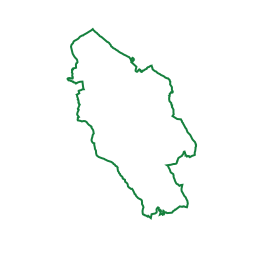 Zimbor, Salaj, Romania (orthographic projection), rotated 32°
{"feature_id": "2599482B6339690453814", "entity_name": "Zimbor", "entity_type": "district", "adm_level": 2, "iso_a3": "ROU", "parent_name": "Romania", "parent_adm1": "Salaj", "projection": "orthographic", "projection_center": [23.305, 46.975], "detail": "fine", "context": "isolated", "style": "outline", "palette": "green", "viewbox_px": 256, "rotation_deg": 32, "n_neighbors": 0, "source": "geoboundaries", "source_scale": "gbopen_adm2", "svg_char_len": 5793}
<svg xmlns="http://www.w3.org/2000/svg" viewBox="0 0 256 256"><g transform="rotate(32 128 128)"><path d="M220.0,164.0L219.8,163.2L219.2,162.0L219.1,161.4L218.7,160.3L218.4,159.9L217.6,159.2L217.2,158.5L215.3,157.4L213.6,156.2L211.8,155.8L208.4,153.8L207.5,153.4L206.9,153.0L206.0,151.9L205.3,150.6L205.0,149.5L204.6,148.6L204.2,147.4L203.0,148.4L202.5,149.7L201.9,149.8L200.6,149.3L200.1,149.5L198.7,149.5L197.9,149.2L195.7,147.8L194.8,146.9L193.5,146.1L192.5,145.2L192.2,144.8L192.1,144.4L190.8,143.1L187.9,143.0L187.1,142.5L185.2,140.9L183.6,140.1L182.0,138.9L180.9,138.9L183.1,137.0L183.6,136.7L185.7,134.4L186.8,133.7L187.8,132.6L187.9,132.0L187.3,130.2L187.2,129.9L187.4,129.5L187.1,129.1L186.7,127.0L186.7,126.6L188.6,122.8L188.4,122.1L188.6,120.8L188.5,120.1L188.0,118.9L188.1,118.4L188.4,118.1L188.8,118.6L189.3,118.6L189.5,118.9L190.8,120.0L191.2,120.1L191.4,120.8L191.7,120.6L193.1,121.0L193.5,120.0L194.5,119.6L194.9,119.5L195.3,120.0L195.9,120.0L196.2,119.2L196.7,118.6L197.0,117.8L198.2,116.4L198.9,115.4L197.8,113.9L197.4,112.9L197.2,111.9L196.9,111.3L196.8,111.0L196.4,110.2L196.1,109.5L195.6,108.9L195.5,107.7L195.2,107.4L194.8,106.4L194.7,106.3L194.6,106.5L193.5,105.4L192.4,104.5L189.0,103.6L188.0,103.1L186.1,101.9L184.4,100.9L180.7,100.0L177.7,97.7L176.4,97.4L175.6,96.8L174.4,96.2L173.9,95.8L172.9,95.4L172.1,94.7L170.9,94.4L170.0,93.5L169.7,93.5L168.3,92.6L165.0,94.3L159.4,94.3L159.5,92.1L159.2,91.8L158.5,91.0L156.8,88.3L154.7,87.1L154.3,87.0L154.1,86.5L153.7,86.3L153.4,85.4L152.9,85.5L152.5,85.1L152.0,84.8L151.7,84.2L151.4,83.9L149.7,83.5L148.9,83.2L147.4,81.5L147.3,81.0L146.8,80.4L146.6,79.6L146.4,79.2L146.4,78.9L145.8,78.8L145.9,78.4L145.8,77.9L145.7,77.4L145.3,76.9L145.7,75.9L145.5,75.7L145.5,74.9L145.6,74.7L146.1,74.4L146.9,74.4L147.0,74.2L146.6,73.3L145.1,72.5L143.6,70.1L140.6,68.7L139.8,67.1L139.2,66.5L139.2,66.2L138.3,65.8L138.0,65.3L135.8,64.7L135.5,64.7L135.1,65.1L133.5,65.3L133.1,65.5L131.6,65.2L130.4,65.2L127.6,65.6L126.9,65.4L123.8,65.7L122.1,65.2L120.8,65.5L118.4,65.3L117.4,64.9L117.3,64.6L116.8,64.1L116.7,64.1L115.8,63.3L115.1,63.2L114.9,62.7L114.4,63.1L113.6,64.6L113.4,65.3L112.6,66.0L112.3,67.0L112.4,67.4L112.5,67.7L112.4,68.0L111.4,69.4L111.0,70.6L110.4,71.2L110.4,71.6L110.0,71.8L110.1,72.8L110.0,73.1L109.7,73.3L108.5,73.3L108.4,73.2L108.5,72.8L107.8,72.3L107.3,72.2L106.8,72.4L106.6,72.3L106.3,72.7L106.2,73.2L106.1,75.2L105.8,75.6L105.0,75.7L104.3,75.6L103.8,75.0L102.7,71.6L96.0,70.4L96.1,69.2L96.6,69.4L96.9,67.1L95.9,66.8L95.9,66.2L95.1,66.1L95.0,66.5L94.6,66.4L94.3,68.7L93.7,68.2L91.4,67.3L89.7,67.6L88.2,67.6L85.2,68.0L83.9,67.9L81.5,68.2L80.4,68.1L79.4,68.2L78.2,67.8L77.5,68.0L76.1,68.0L75.3,67.8L73.0,68.1L71.9,67.7L70.6,67.7L69.9,67.3L69.2,66.7L68.0,66.4L67.0,65.9L65.5,65.8L64.8,66.0L57.0,64.8L56.2,65.0L55.3,65.0L54.0,64.5L52.3,64.3L51.3,63.9L49.3,63.9L48.0,63.5L46.9,63.4L45.7,62.8L44.8,65.4L44.3,66.2L42.7,69.5L41.3,72.0L40.9,73.0L40.8,73.4L40.2,73.7L38.9,76.0L38.5,78.6L37.4,80.8L36.8,81.7L36.1,83.2L36.1,83.8L36.4,85.1L36.0,87.3L36.6,89.3L41.7,94.3L44.5,95.8L46.1,96.4L47.9,96.8L48.8,97.3L50.3,98.9L50.3,99.9L49.9,100.4L50.1,101.4L50.3,102.0L52.0,104.4L50.9,105.7L49.9,106.4L49.8,106.6L49.8,106.8L50.3,107.5L49.6,108.1L50.2,109.2L50.6,109.6L51.1,110.8L52.0,111.1L52.2,111.3L52.8,113.0L53.7,114.0L54.1,114.0L54.4,114.4L54.8,115.3L54.6,115.6L54.2,115.7L51.6,116.8L51.4,117.3L50.9,117.5L50.7,117.9L50.7,118.4L52.3,119.1L53.4,118.4L54.3,118.5L54.8,118.1L55.8,118.1L56.8,117.7L57.3,117.8L57.3,118.1L57.8,118.1L58.7,117.7L59.3,117.7L59.7,117.5L60.1,117.9L60.6,117.5L61.2,116.1L62.7,114.3L64.8,112.8L68.1,116.9L69.4,118.3L69.9,118.6L68.9,119.3L68.4,120.2L68.0,120.9L66.7,122.2L66.5,122.8L68.3,124.4L66.9,126.9L67.2,127.0L68.5,128.5L69.8,129.4L70.2,129.9L70.3,130.5L71.3,130.7L71.5,131.3L72.6,132.2L72.5,132.8L72.7,133.0L73.8,133.4L73.9,133.7L74.6,133.7L74.7,134.1L74.8,135.2L75.1,136.4L75.1,136.9L75.4,137.6L75.3,138.3L75.9,138.8L76.6,138.8L76.8,140.1L76.8,140.8L76.9,141.1L77.2,142.3L77.6,143.3L78.0,143.7L80.5,144.7L80.0,145.5L80.0,145.9L80.5,146.5L80.7,147.4L81.4,148.1L84.3,147.0L85.4,146.9L86.4,145.8L87.8,145.0L88.4,144.9L89.8,144.9L91.4,145.6L93.3,146.1L95.6,146.1L96.3,146.2L96.6,146.9L99.6,148.3L101.0,149.8L101.4,150.4L101.8,150.7L101.8,152.7L102.6,154.7L102.8,155.7L103.3,157.2L103.9,158.1L105.4,159.0L106.2,159.2L107.5,158.8L107.9,159.4L108.2,160.1L110.1,162.0L111.0,163.2L112.8,164.2L114.4,166.4L115.8,167.7L116.5,167.9L118.5,168.1L122.5,167.3L123.0,167.1L124.2,166.8L125.3,166.9L126.1,166.7L127.9,166.6L131.8,165.6L133.9,165.7L134.9,166.2L136.0,166.0L137.5,166.7L138.7,166.5L140.2,167.0L140.5,167.7L142.3,169.8L143.1,170.0L144.6,171.1L145.6,171.2L146.6,172.1L148.9,172.4L149.7,172.8L149.9,173.3L150.2,173.5L150.9,173.7L152.8,173.5L154.1,175.1L155.9,175.2L157.0,175.6L157.6,176.0L159.0,177.6L159.8,177.7L160.7,178.0L161.7,177.9L162.4,178.1L163.1,177.9L163.6,177.4L164.8,177.9L166.9,179.2L167.7,179.7L168.4,180.4L169.6,180.4L170.4,181.1L171.1,181.4L173.8,182.1L177.0,181.8L178.1,182.1L179.6,184.0L180.1,185.0L180.6,185.3L182.2,186.2L183.2,187.1L183.5,188.7L184.3,190.7L185.7,192.6L186.4,193.2L187.1,193.3L187.9,192.9L188.8,193.1L189.3,192.8L191.7,192.7L191.7,191.8L195.1,192.3L193.7,188.6L194.8,187.5L196.2,186.3L197.0,184.5L196.7,183.7L195.4,182.1L195.2,181.3L195.4,179.5L195.6,179.4L196.4,179.4L196.8,180.3L197.4,180.6L197.8,181.1L198.1,180.6L198.4,180.4L198.8,180.8L198.4,181.2L199.3,181.7L199.3,181.0L199.7,180.7L200.2,181.3L201.0,184.5L201.9,183.0L202.8,182.9L203.4,183.2L203.8,182.6L202.0,180.3L201.8,179.4L202.1,179.4L202.8,179.9L203.7,181.1L204.1,181.3L204.0,180.3L204.7,179.4L206.2,179.5L209.8,176.8L210.3,176.2L210.3,174.7L211.4,172.4L211.3,172.2L211.6,172.0L213.5,167.0L215.0,166.5L215.7,165.8L216.2,165.8L216.8,164.8L218.3,164.6L220.0,164.0Z" fill="none" stroke="#15803d" stroke-width="2"/></g></svg>